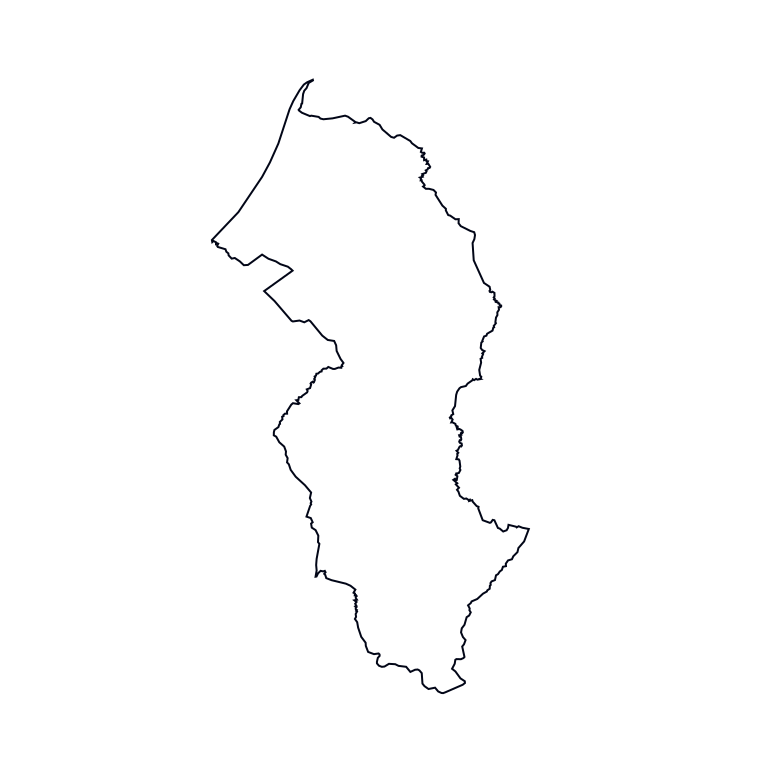 Chaiya, Surat Thani, Thailand (Robinson projection), rotated 242°
{"feature_id": "78962969B84478768396054", "entity_name": "Chaiya", "entity_type": "district", "adm_level": 2, "iso_a3": "THA", "parent_name": "Thailand", "parent_adm1": "Surat Thani", "projection": "robinson", "projection_center": [99.041, 9.444], "detail": "fine", "context": "isolated", "style": "outline", "palette": "ink", "viewbox_px": 768, "rotation_deg": 242, "n_neighbors": 0, "source": "geoboundaries", "source_scale": "gbopen_adm2", "svg_char_len": 6154}
<svg xmlns="http://www.w3.org/2000/svg" viewBox="0 0 768 768"><g transform="rotate(242 384 384)"><path d="M591.9,299.6L589.9,299.0L590.3,300.6L588.0,302.2L586.5,301.4L586.5,302.9L585.7,303.5L584.3,301.5L583.0,301.6L577.4,307.3L574.8,306.9L572.4,307.9L570.5,307.2L566.2,308.4L565.3,311.4L559.9,314.3L554.7,316.0L553.0,319.8L555.5,337.1L548.8,340.8L543.0,346.1L538.5,348.7L532.7,354.2L528.9,355.9L527.0,356.5L522.3,321.8L508.6,326.3L483.2,332.0L482.0,332.9L479.7,339.2L475.9,342.6L475.8,347.5L473.9,348.5L455.7,352.2L449.3,355.0L445.4,360.2L440.6,359.9L435.4,357.7L426.5,357.4L421.6,358.1L420.4,355.5L419.3,355.5L419.4,354.5L418.4,353.9L419.9,351.5L420.4,347.6L421.3,346.0L425.2,342.8L424.6,340.4L426.0,337.7L425.4,335.4L424.4,334.8L424.8,333.1L424.2,330.6L424.8,329.1L423.3,327.9L423.2,326.3L422.0,326.2L421.2,324.7L420.1,324.9L418.4,322.9L418.4,322.3L419.5,322.1L419.4,320.3L418.8,319.3L417.7,319.4L415.1,316.8L415.5,313.3L413.7,313.3L412.7,312.2L411.9,306.2L411.2,304.9L412.3,302.6L410.1,300.9L410.8,299.0L406.6,300.2L406.5,298.9L409.8,294.6L409.3,292.4L405.4,285.5L403.3,284.5L404.3,282.6L403.8,280.6L402.8,280.2L402.9,278.7L400.4,277.7L399.4,274.2L397.6,273.5L397.5,272.6L395.5,270.5L394.9,265.7L393.1,264.1L390.4,262.6L388.1,264.1L381.7,264.2L375.6,266.5L370.5,265.8L367.7,264.0L363.8,264.1L360.3,261.6L357.8,262.3L352.0,261.3L343.6,262.5L331.7,266.7L322.4,268.7L318.1,265.0L314.2,264.7L313.2,263.3L311.9,263.2L311.1,261.6L303.3,253.3L300.0,256.4L295.4,256.1L295.0,254.1L291.1,252.8L287.1,255.0L280.9,254.8L275.4,251.5L273.2,251.9L261.2,242.4L256.0,239.1L251.0,237.0L246.0,233.1L245.7,234.0L247.8,236.9L248.8,240.3L247.1,242.3L246.8,244.0L245.2,244.0L244.4,242.1L243.0,242.5L239.7,241.9L235.4,245.6L225.6,256.6L221.6,259.7L215.9,262.2L214.0,259.1L212.6,260.0L211.2,259.0L210.7,260.2L209.6,260.3L209.3,259.1L208.3,258.6L206.2,258.8L206.9,256.3L204.4,257.4L203.5,255.4L201.0,255.5L201.1,254.3L199.9,254.8L199.6,253.9L198.2,253.3L197.2,253.9L196.7,252.9L195.8,253.4L194.2,251.0L191.5,250.0L190.2,248.0L186.3,248.5L181.1,246.8L171.4,245.2L164.2,246.3L161.3,245.0L154.9,244.2L150.2,248.3L148.6,252.7L147.3,253.1L146.0,252.5L145.1,250.0L142.0,247.3L140.6,246.6L137.6,247.3L135.3,249.3L134.3,251.8L134.6,257.0L131.3,262.4L128.3,264.5L123.9,270.8L117.4,272.1L117.1,277.3L116.1,279.7L114.5,280.8L111.0,281.6L101.4,277.3L98.2,277.9L93.8,280.1L91.9,286.5L87.1,287.5L84.2,289.7L83.3,291.1L83.0,293.3L81.5,312.3L82.0,315.1L83.6,315.8L88.2,313.3L96.7,312.1L100.6,310.4L103.8,315.1L107.0,317.5L107.1,318.8L104.9,322.7L104.7,325.5L105.2,326.9L115.5,329.8L116.6,332.4L119.6,335.8L123.5,334.9L128.5,335.4L131.8,338.0L133.6,342.0L139.3,347.5L139.6,350.5L141.7,353.4L144.1,353.2L145.6,354.3L149.1,354.3L149.8,357.7L150.9,359.3L150.4,365.4L152.4,373.0L152.5,377.4L153.3,378.3L153.6,381.2L156.2,382.8L156.5,383.9L158.2,384.5L159.2,386.3L158.8,389.9L162.5,393.1L162.6,395.4L164.1,398.2L164.5,400.8L166.8,403.2L165.9,406.2L168.2,407.2L170.0,410.7L169.2,414.7L171.2,417.3L172.9,422.9L176.1,425.7L179.2,433.8L188.0,443.8L192.1,438.7L195.2,436.1L195.1,433.8L196.0,433.6L201.2,427.8L198.7,425.9L197.3,423.6L197.8,420.0L202.0,418.3L203.4,417.0L211.9,417.5L213.0,416.2L211.6,413.5L211.7,412.3L217.4,407.2L229.8,408.8L231.2,409.8L232.7,408.5L238.4,407.1L240.0,407.4L240.7,404.4L241.6,405.3L242.0,404.1L244.2,403.0L245.1,400.6L249.7,398.5L254.1,399.2L256.3,398.8L257.2,401.5L261.7,400.3L262.0,402.1L266.8,400.2L267.0,402.2L265.3,402.4L265.1,403.2L268.1,405.5L270.2,404.6L270.9,405.6L270.1,405.8L270.7,406.8L270.3,408.3L272.2,411.1L273.9,411.2L275.3,412.6L280.9,414.7L282.4,414.6L283.7,412.6L286.6,415.5L287.9,415.8L288.4,417.3L291.0,416.7L291.0,418.2L293.1,421.2L293.3,422.2L292.6,422.8L293.1,423.9L295.0,424.6L296.4,423.4L297.7,423.3L298.8,424.5L298.2,425.4L298.9,426.3L301.1,427.1L302.4,426.9L302.3,426.1L303.5,426.3L302.8,428.4L304.4,428.7L304.7,429.3L303.9,430.1L304.3,430.9L305.7,431.3L307.7,430.3L308.9,429.4L309.5,427.4L311.4,427.8L311.1,428.7L311.9,429.1L313.6,427.9L315.3,428.3L318.1,426.4L318.5,425.4L320.4,427.9L322.4,427.5L322.6,426.3L323.5,426.4L323.7,428.0L324.7,428.6L324.9,431.0L328.6,432.0L331.1,436.3L340.5,442.6L342.9,445.0L344.8,448.6L345.1,450.5L343.8,455.3L345.1,458.0L345.8,463.8L346.5,464.6L345.1,465.4L345.3,467.7L344.0,468.5L343.0,471.7L343.6,471.3L343.5,472.1L344.7,473.3L346.3,472.8L351.7,474.7L357.3,479.8L360.9,481.1L361.0,483.0L362.0,483.2L363.9,485.6L364.9,485.2L365.8,488.2L368.0,486.6L370.4,486.3L374.9,489.4L375.3,491.1L376.0,491.1L379.0,494.7L378.6,497.1L380.0,498.7L380.2,504.9L382.3,506.8L382.4,507.9L383.7,508.1L385.2,511.4L386.2,511.3L390.1,514.1L391.6,516.5L394.1,517.7L395.6,520.4L398.0,521.3L397.1,522.9L397.6,524.0L398.3,524.3L399.4,523.2L400.7,523.6L401.4,522.8L402.2,523.2L404.1,521.1L404.8,521.3L404.8,522.2L407.0,520.8L407.6,521.9L408.9,521.5L409.6,522.8L412.6,524.3L414.6,523.1L414.6,521.8L415.7,520.7L416.7,520.9L417.2,522.0L420.3,522.9L426.3,519.7L451.1,521.3L466.9,528.4L469.5,531.8L472.8,534.3L475.7,534.9L478.6,532.1L487.3,525.9L490.9,525.3L494.5,527.4L495.9,524.4L501.6,521.5L503.0,520.0L508.3,520.1L509.6,520.9L514.1,519.3L526.8,518.3L528.7,519.8L532.1,518.8L535.2,515.4L536.7,512.6L540.0,511.2L540.3,513.1L541.0,513.3L544.8,512.5L546.3,512.9L546.6,512.0L548.3,513.2L549.4,512.7L548.8,515.5L550.0,515.4L550.1,516.5L551.4,516.3L550.8,520.1L551.8,521.4L553.0,521.2L553.0,523.3L553.9,524.2L553.4,525.7L554.0,526.7L557.6,526.5L558.3,525.0L560.0,527.3L560.8,526.1L562.3,526.7L562.8,524.5L565.2,525.7L567.1,523.9L568.0,524.5L567.7,526.6L568.4,528.1L569.3,528.1L570.2,526.3L571.6,525.5L574.2,528.1L576.3,525.1L583.4,521.7L586.2,521.3L596.1,515.2L597.2,512.2L596.7,508.5L598.8,506.3L609.5,502.1L614.9,501.8L620.2,498.3L623.0,498.1L625.3,497.0L625.8,495.3L624.7,491.3L625.9,484.6L628.0,482.5L628.4,481.2L628.6,481.8L636.9,477.7L639.2,475.6L642.7,463.3L646.2,454.8L648.2,452.5L650.5,451.7L655.1,445.7L655.3,444.4L662.0,438.9L665.2,437.4L666.1,437.3L667.4,440.4L670.2,442.7L670.1,443.4L678.0,448.7L680.4,451.3L681.6,454.5L685.2,458.9L685.4,463.8L686.1,464.0L686.5,457.7L686.0,453.8L683.0,447.4L676.4,436.7L670.9,429.6L645.9,403.6L633.2,387.3L624.1,373.6L604.1,336.1L591.9,299.6Z" fill="none" stroke="#020617" stroke-width="2"/></g></svg>